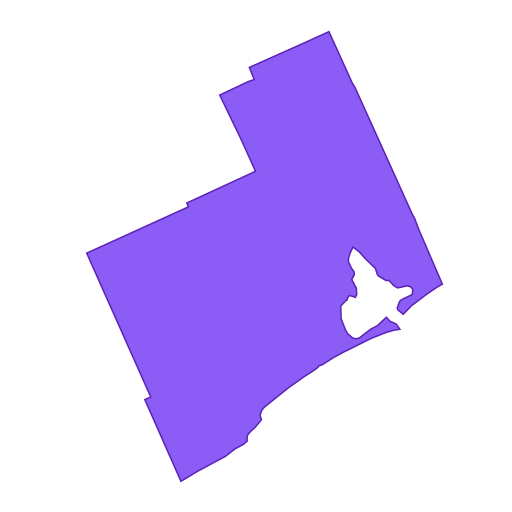 outline of Grays Harbor, Washington, United States of America, rotated 246°
{"feature_id": "52423323B85210970682519", "entity_name": "Grays Harbor", "entity_type": "district", "adm_level": 2, "iso_a3": "USA", "parent_name": "United States of America", "parent_adm1": "Washington", "projection": "orthographic", "projection_center": [-123.98, 47.162], "detail": "fine", "context": "isolated", "style": "filled", "palette": "violet", "viewbox_px": 512, "rotation_deg": 246, "n_neighbors": 0, "source": "geoboundaries", "source_scale": "gbopen_adm2", "svg_char_len": 1347}
<svg xmlns="http://www.w3.org/2000/svg" viewBox="0 0 512 512"><g transform="rotate(246 256 256)"><path d="M327.5,102.5L170.0,102.5L170.1,96.0L80.7,95.8L83.1,115.0L85.4,146.5L88.3,158.3L89.0,167.4L90.4,172.6L93.8,174.0L96.0,175.7L97.9,179.6L99.9,185.7L104.3,194.4L108.4,194.9L109.5,195.5L112.8,198.7L114.5,202.1L122.4,231.9L126.2,251.0L128.0,262.7L129.1,267.4L130.0,268.2L129.7,272.2L131.7,285.9L132.6,297.4L133.9,328.4L133.2,343.9L132.2,351.2L130.5,357.7L136.9,356.4L142.0,351.8L147.0,350.2L143.0,338.5L142.5,331.0L139.1,316.9L139.8,313.4L142.0,310.9L147.7,308.1L152.3,307.7L164.2,308.3L175.8,313.1L178.6,319.7L178.6,321.0L182.0,324.4L180.6,327.0L177.8,329.9L180.0,332.5L186.0,334.6L195.6,333.9L198.9,338.2L201.5,339.1L206.6,338.2L213.5,338.2L216.1,339.5L220.0,342.8L223.6,346.9L224.7,348.2L218.0,351.9L208.5,355.0L196.1,360.0L189.6,359.3L188.0,359.7L180.8,364.7L179.5,367.6L172.9,369.8L169.9,371.8L169.1,372.9L167.3,381.9L165.6,384.2L164.0,384.9L162.0,385.8L157.3,383.1L156.9,371.1L156.1,368.7L151.0,363.8L148.9,363.8L142.9,366.8L147.3,377.8L151.7,396.6L153.7,407.7L154.5,414.8L213.9,415.5L225.9,416.2L230.4,415.8L369.2,415.0L375.0,414.3L431.3,413.9L431.2,399.3L431.1,394.9L431.0,326.6L417.9,326.2L418.5,320.4L417.8,288.3L368.9,289.8L333.6,290.0L332.6,214.3L328.4,214.2L327.5,102.5Z" fill="#8b5cf6" stroke="#5b21b6" stroke-width="1.5"/></g></svg>